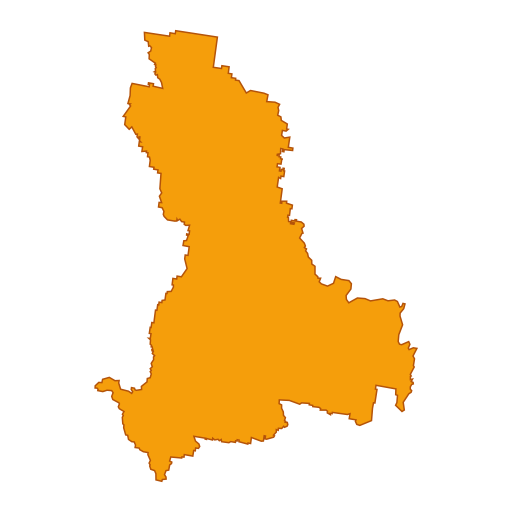 Cootamundra-Gundagai, New South Wales, Australia
{"feature_id": "25037944B16131127641558", "entity_name": "Cootamundra-Gundagai", "entity_type": "district", "adm_level": 2, "iso_a3": "AUS", "parent_name": "Australia", "parent_adm1": "New South Wales", "projection": "equal_earth", "projection_center": [148.025, -34.809], "detail": "fine", "context": "isolated", "style": "filled", "palette": "amber", "viewbox_px": 512, "rotation_deg": 0, "n_neighbors": 0, "source": "geoboundaries", "source_scale": "gbopen_adm2", "svg_char_len": 6072}
<svg xmlns="http://www.w3.org/2000/svg" viewBox="0 0 512 512"><path d="M156.0,479.9L161.8,481.3L162.3,479.5L166.1,479.1L166.0,477.0L164.5,474.7L166.0,470.6L168.7,470.1L169.7,464.9L171.5,463.6L171.8,462.1L169.6,461.0L170.8,457.0L181.7,458.0L181.9,456.9L184.0,457.1L184.3,454.6L192.8,456.1L193.7,450.5L195.3,450.8L195.6,448.0L198.4,448.4L199.7,446.5L198.9,444.0L195.5,441.1L193.9,436.3L205.4,438.2L205.2,439.1L206.5,439.4L206.6,438.5L212.5,440.0L212.7,438.2L214.7,439.9L218.1,439.3L219.3,440.7L221.2,439.5L221.6,441.7L228.9,442.7L230.7,441.6L235.4,442.4L235.6,440.8L237.1,441.0L237.2,439.7L239.1,440.1L238.9,441.7L247.8,444.1L248.0,443.0L250.6,443.5L251.4,437.5L261.3,441.2L263.4,441.0L264.2,435.7L265.5,436.0L265.0,438.9L266.6,439.2L273.6,437.2L274.5,435.8L273.5,435.1L276.3,432.1L276.3,429.6L278.2,430.3L278.4,428.3L281.7,428.5L283.7,426.3L284.5,427.3L287.1,426.2L287.8,424.6L287.3,422.4L285.2,422.3L285.6,421.3L284.5,420.7L285.4,417.6L283.5,415.4L283.3,411.9L281.6,408.3L281.6,404.9L279.1,403.6L279.3,399.9L289.3,400.4L299.7,404.2L301.6,402.9L309.4,403.4L309.2,404.8L312.7,405.4L312.8,406.6L318.9,407.3L320.6,408.5L320.3,410.1L326.1,410.1L327.5,411.2L327.3,412.9L330.3,414.6L330.1,413.4L332.1,413.7L332.3,412.4L347.4,414.5L350.0,413.7L349.2,418.7L356.0,419.9L355.4,421.4L356.8,424.4L359.8,425.4L371.5,420.6L372.5,408.2L373.5,402.8L374.9,403.0L377.0,389.4L375.4,389.1L376.0,385.3L395.9,388.9L395.7,394.7L397.5,395.3L396.9,402.6L395.6,405.3L402.0,411.5L404.3,410.0L403.2,402.3L408.8,393.8L411.1,392.3L411.7,390.7L410.3,389.2L410.3,386.9L411.7,384.4L413.3,383.9L413.1,382.4L411.2,381.6L412.5,379.1L410.4,379.6L410.4,376.4L411.2,376.0L410.3,374.4L414.2,367.0L413.4,365.7L414.5,358.8L413.0,356.0L416.9,348.4L413.3,347.8L409.1,349.6L408.3,348.1L409.9,344.3L408.7,341.6L401.6,344.7L399.5,344.2L398.2,341.5L398.8,334.7L402.6,324.8L400.0,316.1L400.1,313.1L403.7,308.7L405.0,303.9L403.0,303.4L401.7,306.5L399.9,307.1L397.4,301.5L394.6,300.0L388.0,300.8L382.8,298.8L370.5,300.9L365.0,298.6L357.4,298.0L348.8,302.8L346.4,299.4L346.1,295.5L350.9,289.0L351.4,283.7L348.9,280.6L341.1,279.4L335.7,276.6L333.5,283.3L327.5,286.1L321.4,283.9L319.2,281.8L320.6,278.2L318.0,278.2L317.8,276.7L315.0,274.1L315.0,266.3L311.8,264.0L311.7,260.3L308.3,257.0L307.6,253.4L305.6,250.9L306.5,248.9L304.4,247.6L305.4,246.0L304.3,243.1L299.6,238.0L302.0,233.3L303.0,233.1L301.6,228.5L304.1,226.2L303.9,224.2L301.3,222.0L296.3,221.1L296.5,219.7L295.0,219.6L294.8,220.9L291.3,220.3L291.0,222.3L294.4,222.9L293.9,224.3L290.5,223.7L290.8,221.8L288.6,221.5L288.4,217.3L287.6,217.2L287.9,215.2L289.5,215.4L290.3,208.6L291.9,208.8L292.4,205.1L286.5,203.2L286.7,201.2L282.0,201.2L281.7,203.3L280.3,203.1L282.2,188.8L277.2,187.0L278.6,177.4L280.6,178.5L281.0,176.1L283.8,176.6L284.6,171.0L283.8,170.9L284.2,168.4L283.1,168.2L282.9,169.7L281.3,169.4L281.0,171.2L279.4,170.9L280.0,167.4L277.0,166.8L277.5,163.7L281.0,164.1L281.8,159.3L282.8,159.1L280.5,158.7L280.8,157.0L279.0,156.7L279.2,154.6L277.7,154.4L277.1,156.1L277.3,154.3L280.5,153.7L280.7,148.5L282.8,148.9L282.4,151.5L283.9,151.8L284.2,149.6L292.6,150.5L292.9,148.1L288.3,147.3L289.8,137.1L284.3,138.0L281.6,135.4L282.4,130.4L286.1,131.1L288.2,129.3L286.6,129.0L287.3,124.0L281.3,120.4L280.9,116.9L277.7,115.2L278.7,110.6L278.0,107.3L279.6,104.3L275.0,102.2L266.7,101.6L268.0,94.8L264.0,93.2L250.5,90.5L246.3,93.0L239.0,80.6L235.5,80.1L235.7,78.3L231.4,77.7L231.9,73.9L228.3,73.3L229.1,66.8L221.9,65.7L221.5,68.5L213.3,67.3L217.4,37.1L175.7,30.7L175.3,33.7L170.0,32.8L169.6,36.2L144.4,32.4L144.8,40.1L148.2,41.7L148.7,46.2L149.8,45.8L151.5,47.6L150.7,51.1L148.1,52.8L149.3,54.4L149.1,58.8L155.4,63.2L154.6,64.4L155.9,65.0L155.4,66.0L156.2,67.7L155.3,68.4L155.5,71.2L154.4,71.8L155.6,72.2L154.9,73.9L155.9,75.1L157.4,74.6L157.7,77.7L159.8,79.2L161.5,82.5L162.7,88.4L153.1,86.2L153.5,83.7L148.5,82.8L148.3,84.3L149.5,84.5L149.2,86.8L132.1,83.4L130.4,87.9L130.1,95.6L127.9,103.5L130.3,103.9L129.5,104.6L130.6,106.0L123.2,116.4L125.8,116.9L124.7,124.6L129.2,129.3L131.8,126.9L135.8,134.3L137.4,134.1L137.0,136.8L138.8,138.9L139.1,136.8L139.9,136.9L139.5,140.6L140.6,141.8L139.3,141.6L138.7,146.1L142.6,146.8L141.9,151.5L146.5,151.1L146.3,152.6L148.0,152.8L147.5,156.7L149.5,157.1L150.2,160.4L149.4,166.5L154.0,167.3L153.7,169.2L158.0,169.9L157.6,172.9L161.0,173.4L159.9,188.8L161.7,192.9L159.4,196.2L161.6,202.6L159.1,202.4L158.5,207.0L162.1,207.7L163.9,211.3L163.3,214.4L164.1,216.4L167.5,219.9L174.8,221.1L176.7,221.0L177.0,219.2L177.6,220.5L179.9,219.2L181.6,221.6L184.5,222.1L184.2,224.3L185.8,225.4L189.6,225.2L188.0,230.6L189.6,230.9L189.1,234.4L186.7,233.9L186.6,235.1L188.2,235.4L187.5,237.7L186.5,240.5L183.8,240.8L183.0,245.5L189.2,246.7L188.0,255.4L185.2,255.0L184.7,258.9L187.1,268.6L181.4,276.8L177.1,276.1L176.7,279.0L172.9,278.4L172.1,284.8L173.4,285.0L173.4,287.1L171.2,291.4L167.3,291.6L167.0,293.5L165.9,293.4L165.0,300.0L162.1,300.4L161.8,302.6L159.1,302.1L158.7,304.9L157.7,304.7L156.9,310.3L155.5,310.1L153.9,322.8L151.8,322.5L151.1,327.5L150.2,327.3L149.3,333.4L151.0,333.7L150.3,338.4L148.8,338.3L150.5,339.8L150.2,344.2L151.5,345.3L151.2,346.8L152.1,346.8L152.9,350.1L151.9,349.8L152.0,350.8L153.3,351.4L152.3,353.5L154.6,355.7L153.5,357.0L153.6,359.7L151.2,363.4L152.3,366.7L150.2,368.7L151.3,370.5L150.2,371.6L151.3,373.9L150.2,377.7L147.3,378.5L147.0,381.9L141.4,386.4L141.6,389.5L136.4,390.3L135.0,389.8L134.5,388.2L131.5,387.6L131.2,389.5L132.7,391.7L131.7,393.4L128.5,391.2L120.6,389.2L118.7,383.0L119.1,380.5L115.0,380.7L109.3,377.4L102.6,379.3L101.9,382.6L98.8,382.4L95.2,385.8L95.1,388.0L97.0,388.1L98.1,389.4L97.8,390.6L102.8,391.6L107.0,390.2L111.7,390.6L113.1,392.7L111.7,396.4L112.8,399.5L118.9,402.8L119.4,403.9L118.3,406.8L119.3,408.7L124.0,411.5L122.4,414.3L123.3,415.5L122.3,417.3L122.8,423.8L123.9,424.9L123.7,427.8L125.7,434.9L127.7,435.3L128.5,439.4L131.8,441.7L134.2,441.9L135.5,445.0L135.1,447.5L139.2,448.1L139.8,449.7L143.3,451.7L148.1,452.6L147.9,454.7L150.4,460.4L149.1,463.1L150.1,464.9L149.7,466.0L150.8,469.3L154.6,470.6L155.9,473.7L156.0,479.9Z" fill="#f59e0b" stroke="#b45309" stroke-width="1.5"/></svg>